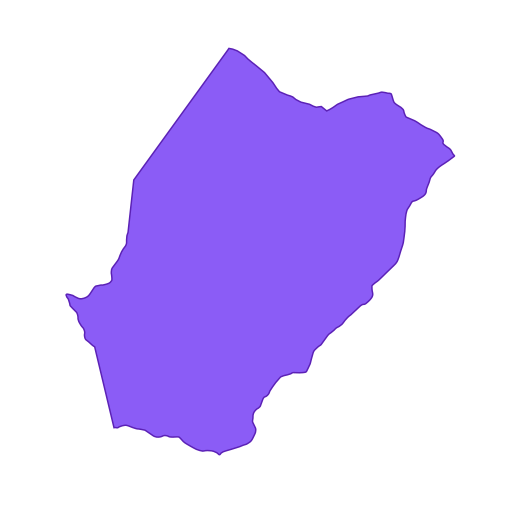 outline of Tatumbla, Francisco Morazán, Honduras, rotated 98°
{"feature_id": "27666195B81412432628344", "entity_name": "Tatumbla", "entity_type": "district", "adm_level": 2, "iso_a3": "HND", "parent_name": "Honduras", "parent_adm1": "Francisco Morazán", "projection": "orthographic", "projection_center": [-87.059, 13.986], "detail": "fine", "context": "isolated", "style": "filled", "palette": "violet", "viewbox_px": 512, "rotation_deg": 98, "n_neighbors": 0, "source": "geoboundaries", "source_scale": "gbopen_adm2", "svg_char_len": 6034}
<svg xmlns="http://www.w3.org/2000/svg" viewBox="0 0 512 512"><g transform="rotate(98 256 256)"><path d="M197.7,387.6L250.5,386.0L252.5,386.4L253.8,386.6L254.6,386.6L258.0,386.4L260.9,386.0L261.9,386.0L262.9,386.2L264.2,386.6L265.3,387.2L267.3,388.3L270.6,389.7L274.6,390.8L277.5,391.4L278.7,391.8L280.4,392.6L287.5,396.5L288.0,396.7L288.6,396.9L289.5,397.1L290.3,397.1L291.4,397.1L292.4,397.0L293.2,396.9L295.1,396.3L298.0,395.6L299.6,395.4L300.0,395.4L300.4,395.5L301.6,396.2L302.3,396.6L302.9,397.2L303.5,397.9L304.1,399.0L304.8,400.4L305.8,402.9L306.2,404.0L306.3,405.3L306.5,406.0L307.4,408.4L308.0,410.2L308.4,410.8L309.2,411.4L309.9,411.9L316.4,415.0L318.0,415.9L318.6,416.3L319.5,417.1L320.3,418.0L321.0,419.1L321.7,420.3L322.3,421.9L322.7,423.0L322.8,424.2L322.8,425.3L322.6,426.3L322.1,427.9L321.6,429.5L320.8,431.4L320.6,431.8L320.2,434.7L320.0,437.2L320.1,438.0L320.4,438.4L320.7,438.6L321.0,438.6L321.6,438.4L322.4,437.9L323.0,437.6L323.6,437.0L324.4,436.2L324.9,435.8L328.0,434.3L329.4,433.7L330.5,433.4L331.2,433.0L333.3,430.4L336.1,426.7L336.8,425.8L337.7,425.2L339.0,424.5L340.7,423.9L341.6,423.7L342.9,423.5L343.5,423.3L344.6,422.8L345.6,422.3L346.6,421.6L347.5,420.9L349.2,419.5L350.0,418.7L351.2,417.3L351.8,416.7L352.3,416.4L353.1,415.9L354.4,415.3L355.4,415.0L356.2,414.9L357.8,414.9L359.0,414.7L360.7,414.1L361.5,413.7L361.9,413.4L362.4,413.0L362.8,412.4L364.3,409.8L366.7,406.3L367.6,404.8L368.4,403.1L445.8,372.7L445.6,372.1L445.5,371.4L445.4,370.9L445.5,369.9L445.4,369.3L445.1,368.7L444.3,367.8L444.0,367.3L442.8,365.0L442.4,363.9L442.0,362.7L441.8,361.9L441.7,361.0L441.8,359.8L442.0,358.5L443.0,354.3L443.6,350.9L443.7,349.7L443.6,347.6L443.7,345.2L443.9,341.8L444.3,340.9L448.5,332.4L448.8,331.4L449.0,330.0L449.1,329.0L449.0,328.2L448.9,327.4L448.6,326.2L448.3,325.3L448.0,324.6L447.6,323.9L447.0,323.0L446.8,322.5L446.6,322.0L446.4,321.2L446.4,320.3L446.4,319.2L446.5,318.5L447.0,317.0L447.1,316.4L447.1,315.5L447.0,314.1L446.8,312.7L446.1,309.1L446.0,308.2L446.0,307.3L446.1,306.9L446.4,306.4L447.8,304.6L449.8,302.2L450.3,301.4L450.9,300.4L451.8,298.4L453.6,294.0L454.7,291.1L455.7,288.3L456.0,286.7L456.4,284.7L456.5,283.2L456.6,281.9L456.4,280.8L455.8,279.0L455.4,277.1L455.2,274.4L455.1,272.8L455.2,271.9L455.3,270.8L456.1,267.9L456.4,267.2L456.8,266.5L457.7,265.2L457.8,264.9L457.8,264.3L457.4,263.9L456.7,263.5L456.1,263.2L455.3,262.3L454.4,261.2L453.2,258.8L450.8,253.5L447.0,245.5L445.1,242.3L444.0,239.9L443.5,239.0L442.1,237.3L440.7,235.8L440.0,235.3L439.4,234.9L437.9,234.2L435.9,233.5L433.7,232.8L432.1,232.3L430.7,232.0L429.8,232.0L429.0,232.0L427.8,232.1L427.2,232.3L426.6,232.5L424.6,233.8L421.6,235.8L421.1,236.1L420.4,236.4L419.5,236.5L418.0,236.5L417.0,236.5L414.1,236.8L412.9,236.7L411.8,236.5L410.9,236.2L410.3,235.9L409.7,235.6L408.7,235.0L407.3,233.8L406.9,233.3L406.2,232.4L405.7,232.0L405.0,231.4L404.4,231.0L403.9,230.8L397.3,229.4L396.6,229.2L395.7,228.9L395.2,228.6L394.6,228.2L394.3,227.8L393.9,227.0L393.5,226.4L392.5,225.4L391.3,224.6L390.7,224.3L390.0,224.0L387.8,223.5L386.9,223.1L383.3,221.4L378.6,218.9L375.7,217.0L373.8,215.8L372.9,215.2L372.4,214.8L372.0,214.3L371.5,213.4L371.0,212.5L370.5,211.5L369.3,208.4L367.8,205.2L366.8,204.0L366.5,203.5L366.3,203.1L365.6,196.8L365.0,193.7L364.7,192.5L364.3,191.2L364.1,190.7L363.8,190.3L363.0,189.8L361.7,189.4L359.6,188.7L355.3,187.4L353.8,187.2L350.0,186.8L344.8,186.1L343.6,185.9L342.5,185.6L341.6,185.2L340.9,184.8L339.1,183.4L337.4,182.0L336.3,180.9L335.2,179.6L334.5,179.1L325.0,174.1L323.9,173.4L323.2,172.9L322.6,172.3L321.4,171.0L320.1,169.8L318.7,168.5L316.9,167.2L316.0,166.4L315.5,165.8L314.7,164.6L314.0,163.7L312.7,162.4L311.8,161.5L310.9,160.9L310.1,160.4L307.3,158.9L304.2,156.8L302.7,155.6L300.9,153.8L300.0,153.1L291.2,146.0L290.2,145.1L289.3,143.9L289.0,143.2L288.8,142.2L288.6,141.7L288.3,141.2L287.8,140.6L286.7,139.6L285.2,138.3L283.3,136.9L281.8,136.0L280.8,135.5L279.8,135.2L279.2,135.1L278.3,135.0L277.5,135.1L276.6,135.3L274.0,136.2L272.3,136.6L269.8,137.0L269.4,137.0L269.1,136.9L268.1,136.2L267.1,135.3L266.0,134.3L264.1,132.3L262.9,131.2L259.1,128.2L253.4,123.8L246.2,118.2L244.2,116.7L243.1,116.1L242.5,115.8L241.6,115.4L239.8,114.9L236.9,114.3L231.5,113.5L224.8,112.3L222.2,112.0L217.6,112.0L211.1,112.1L205.8,112.5L201.1,113.1L199.2,113.2L196.2,113.3L193.4,113.3L191.4,113.1L189.8,112.9L188.5,112.5L184.9,110.8L181.7,109.6L180.8,109.1L180.4,108.8L180.1,108.5L179.9,108.2L179.2,106.4L178.5,105.1L177.3,103.4L175.8,101.5L174.8,100.3L173.7,99.0L172.2,97.7L171.4,97.2L170.6,96.8L169.5,96.5L168.4,96.4L166.5,96.5L165.2,96.3L164.2,96.1L158.8,94.8L157.3,94.6L155.1,94.3L154.4,94.1L153.3,93.7L151.5,92.5L149.9,91.6L148.6,91.0L146.7,90.2L145.4,89.5L143.8,88.3L142.0,86.7L140.2,84.8L137.7,81.9L134.4,78.3L129.7,73.6L129.4,73.4L129.2,73.4L128.9,73.6L128.1,74.6L127.3,75.4L126.6,75.9L124.4,77.5L123.8,78.0L123.4,78.5L122.9,79.1L122.5,79.8L121.2,82.5L120.2,84.2L119.6,85.3L119.0,86.0L118.6,86.4L118.1,86.6L117.5,86.7L116.7,86.6L116.2,86.6L115.5,86.8L114.8,87.2L112.9,88.9L112.0,89.8L110.1,91.8L109.6,92.5L109.1,93.3L108.8,93.9L108.4,94.9L106.4,100.8L106.1,102.0L105.7,104.2L105.0,106.3L103.0,111.1L101.3,114.5L100.0,117.6L99.7,118.7L97.9,125.3L97.6,126.4L97.4,126.7L97.2,127.0L96.5,127.5L95.1,128.4L93.4,129.3L91.8,129.9L91.3,130.1L90.7,130.5L90.2,131.0L89.4,132.1L88.6,133.3L88.0,134.7L87.0,136.9L86.2,138.5L85.3,139.9L84.9,140.4L84.6,140.7L83.8,141.2L82.7,141.8L78.7,143.6L77.1,144.4L76.6,144.8L76.4,145.3L76.3,146.3L76.4,147.5L76.5,148.0L76.2,150.8L76.2,152.7L76.2,154.0L76.3,154.6L76.6,155.4L77.6,157.3L80.4,164.8L80.9,165.9L81.8,167.3L82.1,168.0L82.8,171.0L84.2,177.1L87.7,185.7L88.3,186.9L91.4,191.6L94.3,196.2L94.9,196.9L96.8,198.9L98.1,200.3L99.1,201.5L100.7,203.5L102.5,206.2L98.9,212.1L99.5,214.4L100.3,217.0L99.7,220.1L98.3,224.1L97.4,232.9L95.5,238.3L93.4,241.7L92.7,244.4L92.3,247.2L90.1,255.6L87.1,258.9L82.0,263.4L73.2,273.1L67.6,282.2L64.7,287.2L62.0,291.5L59.1,295.2L55.5,303.0L54.4,307.8L54.2,311.7L56.2,312.7L197.7,387.6Z" fill="#8b5cf6" stroke="#5b21b6" stroke-width="1.5"/></g></svg>